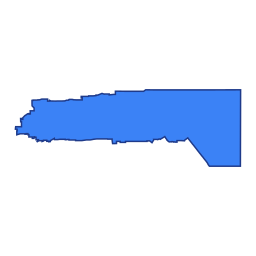 Kondinin, Western Australia, Australia
{"feature_id": "25037944B57185706761007", "entity_name": "Kondinin", "entity_type": "district", "adm_level": 2, "iso_a3": "AUS", "parent_name": "Australia", "parent_adm1": "Western Australia", "projection": "robinson", "projection_center": [118.78, -32.484], "detail": "fine", "context": "isolated", "style": "filled", "palette": "blue", "viewbox_px": 256, "rotation_deg": 0, "n_neighbors": 0, "source": "geoboundaries", "source_scale": "gbopen_adm2", "svg_char_len": 3716}
<svg xmlns="http://www.w3.org/2000/svg" viewBox="0 0 256 256"><path d="M15.5,128.4L15.4,128.8L15.4,129.2L17.1,129.2L17.2,130.8L16.8,130.9L16.8,134.8L17.1,134.7L18.4,134.3L20.2,133.8L22.7,133.8L23.8,133.8L25.0,133.8L25.0,134.2L26.3,134.2L26.3,133.6L27.9,133.6L27.9,134.7L28.9,134.7L28.9,135.7L28.9,137.0L30.7,137.0L31.8,137.0L32.3,137.0L32.3,138.4L34.0,138.4L34.0,136.8L34.6,136.8L34.6,137.3L36.0,137.3L36.0,139.7L38.2,139.7L36.9,141.7L36.9,141.8L36.7,142.0L38.1,141.2L38.1,140.7L42.1,140.7L42.1,141.5L43.5,141.0L43.5,140.3L44.4,140.3L46.8,140.3L46.8,141.3L47.7,141.3L48.0,141.1L48.4,141.3L48.9,141.3L48.9,141.8L50.3,141.6L50.6,140.5L52.9,139.2L54.3,138.4L54.4,139.6L56.1,139.6L57.5,139.6L59.8,139.3L63.2,139.3L65.3,139.3L65.3,139.7L66.3,139.7L67.4,139.5L69.0,139.5L69.0,140.0L73.4,140.0L75.6,140.0L75.6,140.6L77.8,140.6L80.3,140.6L81.8,140.6L84.5,140.2L86.7,139.9L88.9,139.9L90.2,139.9L91.4,139.7L92.5,139.5L93.1,139.4L93.4,139.3L95.0,139.1L96.9,138.9L97.9,138.9L100.7,138.9L101.7,138.9L101.9,138.9L102.1,138.9L104.0,138.9L105.1,138.9L106.7,138.9L107.3,138.9L107.5,139.1L108.6,139.1L112.1,139.1L112.1,140.1L112.6,143.6L114.2,143.6L116.5,143.5L116.5,141.4L120.2,141.4L120.2,142.4L121.4,142.4L124.7,142.4L125.5,142.4L125.5,141.4L130.9,141.4L133.3,141.4L137.6,141.4L140.2,141.4L144.5,141.4L147.0,141.4L147.0,140.9L147.6,140.9L149.7,140.9L151.1,142.0L152.0,142.7L153.9,139.6L153.8,139.4L156.4,139.4L158.0,139.4L158.0,139.5L158.3,139.4L158.5,139.3L158.9,139.0L159.6,139.0L159.9,139.1L160.0,139.1L160.1,139.3L160.4,139.3L160.7,139.0L161.6,138.5L162.1,138.2L164.0,137.1L164.3,137.0L164.8,136.6L165.7,138.1L166.6,139.3L166.7,139.5L166.8,140.0L167.4,140.3L168.0,141.1L168.4,141.4L168.7,141.6L168.9,141.7L169.0,141.8L169.4,141.9L169.7,141.9L170.9,141.8L171.5,141.9L171.8,141.6L172.5,141.7L173.0,141.9L173.0,141.7L174.5,141.9L174.8,142.1L175.1,142.1L177.0,142.1L177.0,140.6L178.5,140.6L181.2,140.6L184.4,140.8L184.4,140.4L187.8,137.9L188.2,138.5L188.8,139.3L189.7,140.4L190.3,141.2L191.0,142.1L191.6,142.8L192.1,143.5L192.7,144.3L193.1,144.7L194.2,146.1L195.2,147.4L196.4,148.9L197.9,150.9L198.5,151.6L199.7,153.2L200.2,153.8L200.5,154.1L201.5,155.5L202.8,157.0L203.7,158.2L204.6,159.4L204.9,159.7L207.3,162.8L207.7,163.6L208.2,164.6L209.4,166.2L210.6,166.2L212.4,166.2L213.6,166.2L214.8,166.2L216.7,166.2L218.5,166.2L220.9,166.2L223.3,166.2L225.8,166.2L228.8,166.2L231.8,166.2L234.9,166.2L239.1,166.2L240.4,166.2L240.4,164.9L240.6,89.8L210.8,89.9L209.6,89.9L205.8,89.9L205.3,89.9L196.5,89.9L195.4,89.9L191.2,89.9L182.1,89.9L154.2,89.9L145.8,89.8L145.7,89.8L143.6,91.3L140.4,91.3L137.7,91.3L125.6,91.3L117.2,91.2L115.4,91.2L115.4,94.4L113.5,94.4L109.2,94.9L109.2,94.0L104.3,94.0L104.2,94.1L103.1,93.8L102.0,93.4L97.8,95.1L96.4,95.1L96.0,95.1L96.0,95.6L93.0,95.9L90.1,95.9L88.6,95.9L88.5,96.4L81.2,96.4L81.2,97.9L82.2,97.9L82.2,99.9L81.3,99.9L76.9,99.9L76.2,99.9L74.7,99.8L73.7,99.8L73.0,99.6L72.9,99.5L72.5,99.5L71.8,99.4L71.1,99.4L70.2,99.4L69.6,99.4L69.4,99.4L69.2,99.4L69.1,99.5L68.9,99.6L68.9,99.8L68.8,100.0L68.7,100.1L68.4,100.2L68.2,100.2L67.5,100.2L66.7,100.2L66.2,100.3L65.6,100.6L64.8,100.9L64.7,100.9L62.1,101.0L60.7,101.0L59.0,101.0L57.0,101.0L56.2,101.1L50.9,101.0L49.6,100.4L49.6,101.1L48.3,101.1L48.2,101.1L47.6,101.1L47.6,99.1L45.5,99.1L41.7,99.1L39.3,99.9L38.0,99.9L37.9,99.8L37.2,100.1L33.1,100.1L33.1,100.4L32.0,100.4L32.0,103.3L32.1,105.9L33.8,107.6L34.1,108.0L34.1,110.8L32.2,110.8L30.2,110.8L30.3,113.8L29.4,113.6L29.4,114.1L28.3,114.0L28.3,113.7L27.6,113.8L25.9,115.0L24.9,115.6L22.4,118.2L22.8,118.2L22.8,119.4L22.1,119.4L22.1,118.5L20.6,118.5L20.7,121.8L21.5,121.8L21.5,126.7L18.7,126.7L15.7,126.7L15.7,127.2L15.5,127.6L15.5,128.3L15.5,128.4Z" fill="#3b82f6" stroke="#1e3a8a" stroke-width="1.5"/></svg>